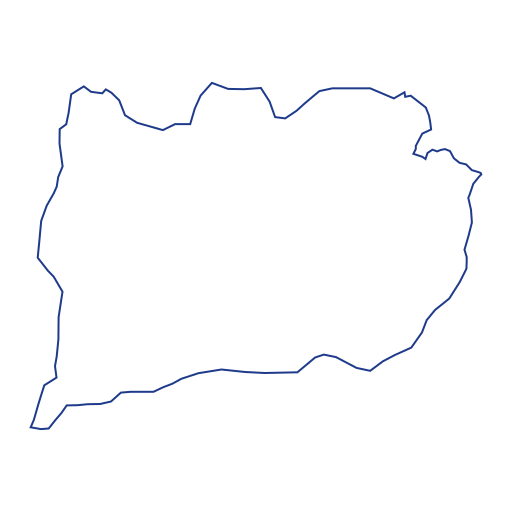 Zoopigi, Limassol, Cyprus
{"feature_id": "46923920B29369326831274", "entity_name": "Zoopigi", "entity_type": "district", "adm_level": 2, "iso_a3": "CYP", "parent_name": "Cyprus", "parent_adm1": "Limassol", "projection": "equal_earth", "projection_center": [33.004, 34.864], "detail": "fine", "context": "isolated", "style": "outline", "palette": "blue", "viewbox_px": 512, "rotation_deg": 0, "n_neighbors": 0, "source": "geoboundaries", "source_scale": "gbopen_adm2", "svg_char_len": 1629}
<svg xmlns="http://www.w3.org/2000/svg" viewBox="0 0 512 512"><path d="M404.5,92.3L393.9,98.4L370.1,88.3L352.2,88.3L332.5,88.3L319.4,91.1L311.0,98.1L304.6,103.5L296.5,110.8L285.2,118.4L275.1,117.1L269.6,101.6L260.9,88.0L244.1,89.2L228.1,88.9L211.9,82.9L200.6,95.6L194.8,108.5L190.2,124.1L177.5,124.1L175.1,124.1L162.9,130.1L137.1,122.8L125.0,115.2L119.2,100.3L111.4,92.7L105.8,89.4L102.3,93.3L91.0,91.8L83.8,86.4L71.2,94.3L68.6,112.9L66.2,124.3L59.7,129.1L59.5,143.5L62.6,166.4L58.2,177.1L56.7,186.7L53.7,193.4L46.7,205.7L41.2,220.9L39.2,242.5L37.7,257.7L47.9,270.7L53.7,276.7L62.5,291.7L61.0,301.4L58.6,317.2L58.4,339.5L56.7,356.5L55.0,366.1L56.5,377.6L44.3,385.3L41.5,394.0L38.0,405.4L33.9,419.8L31.9,424.5L30.7,427.3L40.9,429.1L48.7,428.5L55.6,419.8L61.5,412.9L66.7,405.4L77.5,405.2L87.7,404.2L100.1,404.0L111.0,401.5L120.9,392.6L130.5,391.8L142.2,391.8L153.5,391.8L163.5,387.1L172.4,383.7L181.3,378.8L198.4,373.2L221.5,369.5L245.2,372.0L264.7,373.0L297.4,372.3L315.1,357.5L323.8,354.6L336.0,357.1L356.5,367.9L370.2,370.8L382.9,361.3L395.1,354.9L411.3,347.6L422.0,332.4L426.7,320.1L435.1,309.9L449.3,298.5L459.7,282.1L466.4,268.8L466.7,261.8L466.7,257.1L464.5,249.7L468.6,235.5L471.9,222.5L471.0,209.8L468.8,200.0L468.3,197.9L469.6,194.7L473.3,183.8L478.8,177.0L481.3,174.4L480.6,172.9L478.1,172.0L471.8,170.1L466.1,164.4L459.5,162.8L453.9,158.3L450.0,151.1L445.0,149.1L440.9,149.9L437.2,151.4L432.4,149.7L427.5,153.0L425.5,159.0L422.3,156.8L413.4,153.8L415.8,149.0L415.8,145.9L422.3,133.6L431.1,129.5L430.3,122.8L429.0,115.6L425.8,107.5L410.7,95.7L405.2,96.8L404.5,92.3Z" fill="none" stroke="#1e3a8a" stroke-width="2"/></svg>